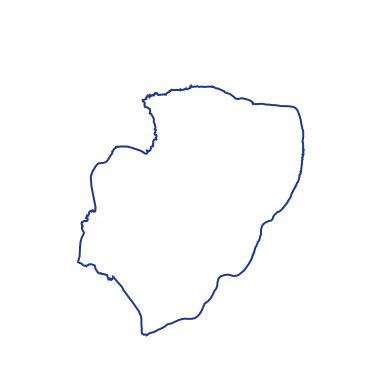 outline of Sumba Barat Daya, Nusa Tenggara Timur, Indonesia, rotated 144°
{"feature_id": "22746128B80160169684098", "entity_name": "Sumba Barat Daya", "entity_type": "district", "adm_level": 2, "iso_a3": "IDN", "parent_name": "Indonesia", "parent_adm1": "Nusa Tenggara Timur", "projection": "albers", "projection_center": [119.172, -9.544], "detail": "fine", "context": "isolated", "style": "outline", "palette": "blue", "viewbox_px": 384, "rotation_deg": 144, "n_neighbors": 0, "source": "geoboundaries", "source_scale": "gbopen_adm2", "svg_char_len": 6063}
<svg xmlns="http://www.w3.org/2000/svg" viewBox="0 0 384 384"><g transform="rotate(144 192 192)"><path d="M312.9,102.6L310.6,102.8L309.1,102.6L304.5,100.9L300.7,100.5L296.8,99.6L292.8,99.1L291.4,99.3L289.5,99.3L285.9,97.8L277.1,96.0L272.5,93.9L269.0,91.1L266.6,89.5L264.0,88.3L262.3,88.1L259.0,88.5L255.4,89.6L250.6,92.3L247.4,94.3L243.7,94.2L242.5,94.4L239.3,95.1L236.9,96.1L231.6,99.0L230.3,99.2L228.5,100.0L226.0,102.0L224.6,103.8L222.0,106.0L219.1,106.9L217.3,106.7L214.1,105.5L212.5,104.6L210.7,103.3L208.1,100.0L206.3,98.7L204.4,97.8L202.6,97.5L196.2,97.9L193.2,98.8L188.2,100.5L182.8,103.0L182.0,103.5L181.0,104.6L180.2,104.7L180.0,105.2L179.0,105.8L178.6,105.8L178.3,106.3L177.4,106.5L177.4,106.8L176.7,107.1L176.5,107.5L175.9,107.8L175.6,108.2L174.5,108.8L173.7,109.6L172.8,110.1L171.8,110.3L171.5,110.7L169.7,111.6L168.4,112.8L166.5,113.2L165.5,113.8L162.7,116.2L161.1,116.9L160.9,117.6L160.5,118.0L158.5,120.8L156.0,122.8L154.3,123.8L153.0,124.1L150.5,124.1L146.7,123.4L144.9,122.4L143.6,122.5L142.3,123.0L140.5,124.4L138.1,125.2L136.5,125.1L134.9,125.5L132.8,124.9L129.3,125.1L128.1,125.6L127.9,125.4L126.8,125.6L125.7,126.2L122.5,126.9L121.9,127.3L120.2,127.8L119.3,128.4L115.5,129.7L112.2,132.2L108.9,133.7L108.4,134.2L106.8,134.7L106.6,135.0L105.5,135.2L104.9,135.6L104.9,135.9L103.8,136.2L103.4,136.6L102.5,136.9L101.9,137.6L100.9,137.7L98.7,139.0L96.2,141.0L95.7,142.0L95.3,142.1L95.0,142.5L93.5,143.2L93.0,143.2L92.3,144.1L92.3,144.5L91.6,144.7L90.8,145.8L90.5,145.9L87.9,148.7L87.6,149.3L87.2,149.5L86.2,150.5L84.2,153.2L83.6,153.2L83.1,153.7L82.8,155.0L82.1,155.1L82.1,155.4L81.4,155.7L81.3,156.1L81.0,156.1L80.2,156.7L80.3,157.5L79.4,157.4L79.1,157.6L79.2,158.0L78.6,158.7L78.7,159.3L78.0,159.5L78.0,159.8L77.3,160.2L77.3,161.0L76.7,161.0L76.8,161.4L76.4,162.3L76.1,162.7L75.8,162.7L74.4,164.8L73.4,166.7L73.1,166.8L73.2,167.2L72.7,168.1L69.8,171.0L67.2,174.5L66.1,176.4L65.5,178.5L64.4,180.5L63.6,182.8L61.9,185.9L60.0,190.8L58.6,196.2L58.9,199.1L59.8,200.8L61.0,202.3L64.0,205.1L69.5,209.2L73.2,213.0L75.6,214.8L78.5,217.6L80.7,219.2L83.2,222.0L89.2,226.0L90.0,226.7L90.4,227.5L91.0,227.4L90.9,228.2L90.4,228.2L90.3,229.1L90.7,230.6L91.2,231.7L92.7,234.1L95.9,238.0L97.7,239.2L100.2,240.1L101.5,241.5L102.0,242.7L102.2,244.2L103.6,248.9L107.0,253.6L106.8,254.8L107.5,255.6L108.3,257.6L109.3,258.7L110.2,260.6L111.2,261.4L111.9,262.2L112.3,263.4L112.9,264.2L113.0,264.9L113.4,265.1L113.9,265.0L114.1,265.2L113.9,265.6L117.7,268.2L120.4,269.8L122.7,272.0L124.3,272.7L125.6,274.5L126.7,274.8L127.6,275.4L128.1,275.9L129.1,276.2L129.6,276.9L129.9,276.9L130.5,277.4L130.4,277.9L130.8,277.6L131.0,277.7L131.3,278.4L131.7,278.0L131.9,277.3L132.7,277.2L135.4,278.1L135.8,278.4L135.8,278.8L136.1,278.5L137.1,279.1L137.6,279.7L138.3,279.6L139.7,280.1L139.9,280.4L140.3,280.5L140.7,281.1L141.2,281.2L141.2,281.5L141.6,281.3L141.9,282.1L143.4,282.6L144.6,283.8L146.4,284.8L146.8,285.5L147.1,285.5L148.4,286.2L148.7,287.5L148.9,286.8L149.3,286.6L150.0,286.8L150.1,286.5L150.4,286.5L150.4,286.9L150.7,286.9L150.8,286.5L151.9,286.3L152.3,286.6L153.8,286.8L154.7,286.5L155.9,286.5L156.1,286.7L156.3,286.3L157.4,287.5L162.1,290.2L162.1,290.7L162.5,291.0L162.6,291.7L162.2,292.3L163.2,293.4L164.3,293.1L164.2,293.5L164.7,293.3L165.0,293.4L166.3,292.6L166.7,292.9L167.1,293.7L168.2,293.6L168.8,294.0L169.4,293.9L168.6,294.7L168.8,295.3L170.0,295.0L170.3,295.4L170.5,295.4L170.7,295.8L171.3,294.9L172.4,295.9L173.7,295.1L174.2,294.1L175.1,294.5L175.8,294.5L177.9,295.4L178.5,294.0L177.8,292.9L177.7,292.2L178.3,291.3L179.2,290.7L179.2,290.0L180.1,289.0L180.0,288.3L178.3,286.5L177.7,284.4L177.3,283.8L178.4,281.8L179.8,280.7L179.9,280.0L179.2,279.4L179.5,275.4L180.0,273.4L182.1,270.6L182.0,269.3L183.2,266.4L184.2,265.3L185.1,264.8L185.1,264.2L184.8,263.7L185.1,263.0L185.9,262.8L186.8,261.7L187.3,261.8L187.9,261.3L188.3,260.3L187.5,259.2L187.7,258.2L188.6,257.3L189.5,257.0L189.9,256.3L189.6,255.7L189.8,255.4L190.3,255.5L191.3,256.5L192.2,256.5L193.8,255.6L194.5,254.3L195.6,253.8L196.1,252.3L196.8,251.9L197.9,252.4L198.7,252.4L199.2,251.7L201.3,250.3L202.4,250.3L204.1,252.1L204.5,251.4L204.3,250.7L204.5,250.1L205.9,249.7L206.6,249.9L207.7,251.1L207.9,252.5L209.4,255.7L212.4,260.0L213.2,260.8L213.3,261.5L214.6,262.9L217.0,266.1L219.4,268.2L223.3,270.9L224.8,271.6L225.6,272.6L226.3,272.6L226.6,273.0L227.0,273.1L227.7,272.8L228.1,272.3L229.5,272.7L231.1,272.1L231.6,271.6L232.7,271.6L233.1,271.4L233.3,270.5L235.3,269.6L236.4,269.4L241.3,267.3L243.3,266.9L245.0,267.1L246.9,267.8L250.8,270.1L252.1,270.1L255.2,269.3L260.1,267.2L264.3,264.4L265.4,263.2L270.3,255.1L278.7,237.0L279.2,236.4L279.2,235.9L280.7,234.6L280.9,233.8L281.3,233.5L281.9,233.4L282.1,234.4L282.3,234.6L282.8,234.6L283.0,233.9L283.2,234.0L283.5,235.1L284.2,235.2L283.8,235.7L284.6,235.8L284.8,236.2L285.2,236.4L286.5,236.3L287.4,235.9L287.6,235.4L288.2,234.8L289.6,234.5L289.7,234.1L290.6,234.6L290.7,234.3L291.2,234.3L291.2,233.9L291.5,234.0L293.0,233.2L292.1,231.8L293.2,230.4L294.0,230.3L296.3,231.9L298.1,232.0L298.7,231.8L298.9,232.2L299.5,231.8L299.4,231.5L300.0,231.0L300.2,230.2L300.6,230.0L300.7,229.2L301.3,228.6L300.8,228.3L300.9,228.2L302.0,227.9L302.7,226.9L303.2,223.1L303.6,222.2L308.5,219.6L311.2,217.4L315.0,213.2L320.8,206.0L325.4,202.3L324.9,201.1L323.5,199.1L323.1,197.0L322.3,195.4L320.8,194.5L320.8,194.1L320.2,194.1L319.7,193.9L319.3,194.0L318.9,193.8L318.5,194.0L317.7,193.9L316.3,193.1L314.0,190.1L314.2,188.8L315.4,186.1L315.2,183.9L315.4,183.5L315.5,182.7L315.2,182.2L315.3,181.3L314.8,180.6L313.3,179.9L313.4,178.9L311.7,177.6L311.2,176.6L310.6,176.3L310.6,176.0L309.4,174.6L310.3,172.9L310.5,171.3L310.9,170.6L310.8,170.1L310.3,170.3L309.2,170.4L308.7,169.4L308.9,169.2L309.4,169.0L309.1,168.4L308.7,168.3L307.9,168.3L307.6,168.8L306.6,168.8L306.0,169.2L305.7,169.8L305.4,169.0L305.5,167.6L304.5,156.1L305.1,152.9L304.9,134.7L305.1,126.7L306.0,122.5L307.2,119.6L310.3,115.3L313.2,110.6L313.8,110.1L313.9,109.7L315.5,107.6L315.7,106.6L315.2,106.1L315.1,105.3L314.7,104.8L313.3,104.1L312.9,102.6Z" fill="none" stroke="#1e3a8a" stroke-width="2"/></g></svg>